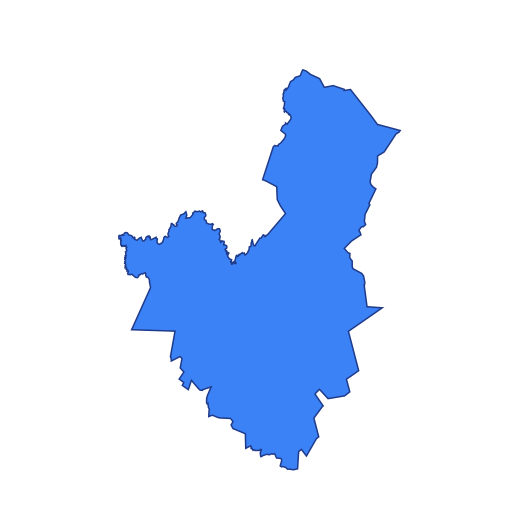 the district of Trapenes pag., Apes, Latvia, rotated 289°
{"feature_id": "27541924B83311513911645", "entity_name": "Trapenes pag.", "entity_type": "district", "adm_level": 2, "iso_a3": "LVA", "parent_name": "Latvia", "parent_adm1": "Apes", "projection": "robinson", "projection_center": [26.588, 57.465], "detail": "fine", "context": "isolated", "style": "filled", "palette": "blue", "viewbox_px": 512, "rotation_deg": 289, "n_neighbors": 0, "source": "geoboundaries", "source_scale": "gbopen_adm2", "svg_char_len": 6120}
<svg xmlns="http://www.w3.org/2000/svg" viewBox="0 0 512 512"><g transform="rotate(289 256 256)"><path d="M68.3,364.6L84.9,360.0L87.9,361.9L83.3,368.8L103.0,372.6L105.4,374.2L121.6,363.5L134.8,367.6L136.1,368.3L144.4,357.1L145.4,356.9L150.6,359.4L144.6,370.6L152.6,385.3L158.1,388.9L169.0,381.6L181.0,390.4L214.9,367.9L248.1,392.2L244.2,377.5L263.8,367.7L263.9,368.0L266.3,367.6L272.1,364.2L273.9,361.8L275.6,351.7L277.6,350.3L282.6,348.6L283.9,346.5L285.1,345.1L289.0,344.0L289.1,341.8L291.9,337.0L301.2,341.4L310.2,348.3L312.6,346.4L313.6,345.0L316.6,345.7L318.5,347.0L318.7,348.1L319.6,348.4L320.9,349.3L321.5,349.4L324.0,347.2L331.0,345.6L341.6,347.0L342.3,345.6L358.5,347.5L359.4,344.2L361.1,341.3L363.4,339.7L371.1,338.5L379.1,341.0L383.4,340.6L390.2,338.4L396.1,343.3L417.1,348.7L419.6,350.9L421.6,351.5L420.0,328.5L419.7,328.3L426.1,319.1L444.2,291.1L441.1,285.4L442.3,285.2L442.2,273.5L437.7,265.7L444.4,258.4L445.4,248.6L447.2,243.3L447.3,239.9L447.1,239.5L440.8,239.1L437.6,234.9L434.8,234.1L432.0,231.8L425.9,231.6L422.7,230.4L424.0,229.7L421.8,228.5L421.0,228.9L419.1,229.0L418.7,229.3L418.2,228.9L415.8,229.9L414.0,229.9L411.3,231.6L411.3,232.9L406.9,233.9L404.6,233.8L404.1,234.5L404.6,234.8L404.4,235.4L404.0,235.3L402.9,235.9L402.7,235.5L401.8,235.6L401.4,236.0L402.3,236.3L402.6,237.8L401.7,238.4L401.7,239.7L400.4,240.9L400.3,241.4L401.0,241.6L400.9,241.9L398.9,243.9L396.8,244.4L390.8,242.5L391.3,240.8L390.7,241.1L387.1,238.8L382.8,238.6L380.7,244.3L378.8,244.9L375.9,244.5L370.7,242.5L368.7,240.9L367.5,241.1L366.5,239.0L366.7,237.9L365.0,236.8L330.3,237.4L330.2,240.7L328.3,253.0L316.3,257.7L311.3,262.8L305.7,270.1L280.6,260.3L278.3,258.9L278.5,258.6L278.3,258.4L277.3,258.1L277.9,256.9L278.4,256.6L278.4,256.1L277.8,255.7L274.6,255.1L274.3,253.9L267.2,252.1L265.8,252.0L265.1,251.5L265.2,250.7L267.1,249.0L270.1,247.2L269.9,247.0L266.4,247.3L263.5,248.1L262.5,246.7L260.0,247.3L258.8,247.3L257.7,246.9L256.7,247.2L253.8,245.7L253.4,245.1L255.0,243.9L254.1,242.5L254.6,241.9L252.9,240.7L251.7,240.3L251.6,240.1L252.0,239.5L250.7,238.9L250.1,239.3L249.6,239.1L249.5,238.8L250.3,237.9L250.2,237.3L247.7,237.3L243.4,238.0L243.1,238.5L243.2,239.1L242.6,239.4L242.1,239.1L242.0,238.6L242.3,238.0L243.4,237.0L240.9,236.4L240.3,235.9L240.3,235.6L242.3,235.5L242.6,234.9L241.7,234.3L242.1,233.9L244.5,234.2L244.7,231.8L246.3,229.4L248.0,229.0L249.6,229.4L250.1,229.2L250.3,228.4L250.1,228.1L248.6,227.6L250.2,226.8L251.2,226.8L251.3,226.5L250.9,225.9L251.7,225.4L252.0,224.7L252.5,224.6L253.6,225.6L254.1,225.7L255.7,225.3L256.2,224.5L256.4,222.6L256.0,221.9L257.4,221.5L258.6,221.6L259.4,221.0L259.2,220.1L259.3,218.8L257.5,218.3L257.5,218.0L259.4,216.7L259.7,215.7L261.8,216.1L263.4,215.3L265.0,213.8L267.7,214.2L269.7,212.8L269.8,212.0L269.1,210.6L267.7,209.8L267.3,209.1L266.6,208.6L266.8,208.2L266.8,206.0L268.9,205.2L271.1,205.0L272.0,205.3L272.4,204.2L271.4,203.2L270.8,201.0L271.2,198.6L271.7,198.0L273.3,197.2L273.6,195.6L274.5,194.8L275.8,194.7L277.2,195.4L277.7,195.4L278.4,195.2L280.2,193.9L279.9,191.8L280.9,191.3L281.3,190.6L279.7,189.4L280.1,187.9L279.4,187.1L278.6,185.4L278.6,183.8L278.3,183.4L277.2,183.2L276.0,182.2L274.7,182.8L271.3,181.5L270.4,180.7L270.3,180.1L268.9,177.3L272.1,177.3L275.0,175.3L272.2,173.9L270.2,171.4L266.9,171.0L263.3,171.1L260.9,170.0L260.1,170.4L259.8,171.4L259.1,171.5L258.1,170.7L257.7,169.6L257.9,168.7L258.7,168.2L258.9,166.8L259.4,166.0L259.1,165.4L256.1,165.9L252.3,165.1L251.4,165.6L248.7,165.5L247.2,166.0L246.1,167.2L244.7,166.2L245.1,163.9L244.7,163.3L243.4,162.9L241.5,163.2L238.3,163.1L235.5,160.8L235.8,159.1L236.4,158.3L238.2,157.4L239.8,157.3L240.1,157.1L240.2,156.0L241.2,155.4L237.8,152.2L237.1,151.0L239.5,149.7L239.4,149.3L238.0,148.8L240.1,148.6L239.8,147.4L237.8,145.9L235.7,146.3L235.5,145.9L233.9,145.2L233.5,144.5L233.4,144.0L233.7,143.6L235.0,142.3L236.3,141.4L235.0,139.9L232.2,138.5L232.0,137.7L232.5,136.8L232.2,136.0L232.3,135.7L233.5,135.3L234.0,135.4L234.2,135.1L234.2,134.7L233.2,134.0L233.2,133.6L234.7,132.0L234.6,128.9L234.8,128.2L235.9,127.2L236.0,125.9L235.7,125.1L234.8,124.1L232.6,124.2L232.3,123.6L232.7,122.6L231.2,121.7L231.2,120.6L230.8,119.9L229.9,119.8L227.6,120.9L227.9,122.0L228.8,122.0L228.4,122.7L227.2,122.7L226.6,123.1L226.6,123.5L224.9,123.5L224.1,124.1L223.0,124.3L222.5,124.7L222.6,125.0L221.8,125.4L221.5,125.9L222.6,126.7L222.6,127.0L222.1,127.2L222.7,127.8L222.5,128.0L222.9,128.2L222.8,128.8L223.4,129.5L222.5,129.5L222.6,130.4L222.3,130.9L221.4,130.6L220.5,130.8L220.3,131.2L218.9,132.1L217.3,131.3L216.9,131.8L214.9,132.4L214.2,133.1L213.6,133.0L213.9,132.6L213.5,132.3L213.3,132.8L212.8,133.1L212.7,132.7L211.8,132.4L211.2,132.7L211.7,133.3L211.3,133.6L210.0,133.1L209.8,133.6L208.7,134.2L208.2,134.2L208.1,133.9L207.7,133.8L207.6,134.4L206.3,134.3L206.4,134.9L205.6,135.6L204.7,135.4L204.3,135.5L204.1,136.0L203.6,135.7L202.5,136.0L203.1,136.5L203.0,137.1L202.4,137.0L202.1,137.4L201.2,137.5L201.4,138.4L199.9,138.9L200.6,139.4L200.6,139.9L199.4,140.3L197.7,140.4L196.8,141.2L197.5,142.6L197.4,143.4L198.3,144.6L196.7,148.6L196.6,149.5L196.9,150.9L198.3,151.6L200.0,151.5L200.1,152.2L202.1,153.5L202.1,154.7L204.1,156.5L203.0,157.8L202.1,157.8L200.4,159.2L200.8,160.1L200.0,161.8L198.1,163.5L197.3,163.4L191.8,166.6L145.8,162.4L158.6,203.9L132.8,207.9L131.9,208.9L129.1,210.1L136.2,216.9L135.0,219.4L125.5,220.8L122.8,225.6L114.6,223.4L112.9,228.9L109.7,228.4L107.6,235.5L117.4,235.4L111.9,244.8L111.1,246.4L111.0,247.0L111.5,249.1L112.5,249.4L117.6,256.2L108.4,255.5L105.3,255.7L101.4,256.9L100.3,257.9L101.1,258.5L97.5,260.2L95.9,261.8L95.1,261.8L88.8,263.6L90.5,265.5L91.3,267.0L90.9,272.4L91.2,274.8L94.1,284.8L92.0,288.1L88.1,287.5L85.3,290.5L84.5,303.8L70.8,308.9L74.8,312.8L73.8,314.0L72.8,313.7L72.2,314.4L72.4,315.3L71.3,316.5L72.2,317.2L71.8,318.5L73.3,322.5L74.6,323.3L74.8,323.9L74.1,324.2L71.3,324.1L68.2,325.6L67.8,326.1L69.8,327.8L71.7,330.3L72.0,330.8L72.4,333.3L74.2,335.3L74.1,336.5L75.1,338.0L71.7,341.2L72.7,345.6L71.0,346.9L65.4,347.2L64.9,348.8L65.6,349.6L65.8,352.6L64.7,355.2L65.2,356.4L66.1,361.1L68.3,364.6Z" fill="#3b82f6" stroke="#1e3a8a" stroke-width="1.5"/></g></svg>